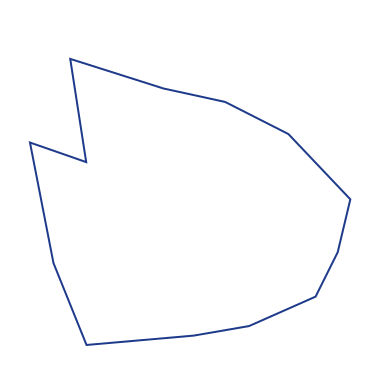 Oikos, Nicosia, Cyprus (Equal Earth projection), rotated 355°
{"feature_id": "46923920B70040156355420", "entity_name": "Oikos", "entity_type": "district", "adm_level": 2, "iso_a3": "CYP", "parent_name": "Cyprus", "parent_adm1": "Nicosia", "projection": "equal_earth", "projection_center": [32.84, 35.004], "detail": "fine", "context": "isolated", "style": "outline", "palette": "blue", "viewbox_px": 384, "rotation_deg": 355, "n_neighbors": 0, "source": "geoboundaries", "source_scale": "gbopen_adm2", "svg_char_len": 339}
<svg xmlns="http://www.w3.org/2000/svg" viewBox="0 0 384 384"><g transform="rotate(355 192 192)"><path d="M293.1,142.7L232.9,105.2L172.6,86.4L82.3,48.8L89.2,153.0L34.9,128.6L47.8,250.7L73.6,335.2L129.6,335.2L181.2,335.2L237.2,330.5L306.0,307.0L331.9,264.7L349.1,213.1L293.1,142.7Z" fill="none" stroke="#1e3a8a" stroke-width="2"/></g></svg>